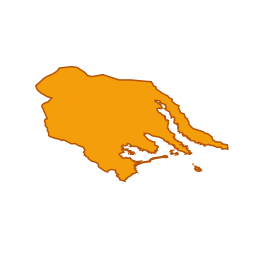 Djúpavogshreppur, Austurland, Iceland (Robinson projection), rotated 20°
{"feature_id": "244011B85487583844878", "entity_name": "Djúpavogshreppur", "entity_type": "district", "adm_level": 2, "iso_a3": "ISL", "parent_name": "Iceland", "parent_adm1": "Austurland", "projection": "robinson", "projection_center": [-14.412, 64.651], "detail": "fine", "context": "isolated", "style": "filled", "palette": "amber", "viewbox_px": 256, "rotation_deg": 20, "n_neighbors": 0, "source": "geoboundaries", "source_scale": "gbopen_adm2", "svg_char_len": 6087}
<svg xmlns="http://www.w3.org/2000/svg" viewBox="0 0 256 256"><g transform="rotate(20 128 128)"><path d="M26.9,119.9L29.6,123.0L33.9,124.8L41.6,126.2L46.1,125.8L44.0,130.7L40.6,133.7L39.5,135.5L39.5,136.9L49.0,146.9L47.2,147.9L47.2,150.2L49.2,152.3L49.1,153.8L52.3,155.6L53.2,158.1L54.9,159.4L56.1,162.2L57.3,162.7L63.9,162.6L67.0,162.0L70.1,162.4L70.7,161.6L72.4,161.2L79.9,162.2L84.0,160.7L88.0,161.5L92.3,161.3L94.8,163.2L95.0,164.5L94.5,166.0L96.0,166.7L96.4,167.6L96.2,168.4L100.7,169.3L101.0,170.3L104.8,171.5L108.9,171.2L112.1,171.8L113.3,174.1L114.2,174.7L120.6,176.3L124.0,176.3L124.3,174.5L126.0,172.9L130.8,171.8L131.5,174.0L134.9,175.1L133.6,176.0L133.5,176.9L137.3,178.0L137.8,179.4L143.2,179.1L142.8,178.7L143.5,176.7L144.0,176.4L143.7,175.8L144.3,175.5L145.0,173.9L146.8,172.0L147.1,170.7L147.9,170.3L147.7,169.6L149.8,168.4L150.8,166.7L151.6,166.6L151.0,166.3L150.8,165.3L148.3,164.4L147.9,163.8L148.8,163.1L148.0,163.0L147.7,162.3L149.5,159.2L153.7,155.5L160.5,151.9L160.1,151.1L160.8,149.7L164.0,147.3L171.4,143.2L174.6,142.5L175.1,141.6L174.1,140.9L171.0,141.9L170.5,142.9L162.0,147.5L159.9,149.5L158.9,152.1L153.1,155.1L151.6,156.8L149.7,158.2L147.4,161.1L146.8,161.1L147.2,160.7L147.0,159.7L147.3,158.4L150.0,156.5L151.0,155.0L147.2,156.9L145.0,156.7L144.4,157.0L144.6,157.5L143.1,156.7L141.9,156.8L140.3,155.9L140.7,155.6L140.0,155.3L138.4,156.5L136.4,156.3L135.7,156.8L135.9,157.2L133.4,158.2L132.0,157.4L131.8,156.7L131.2,157.1L129.5,156.3L128.6,155.3L132.4,152.0L129.5,150.3L130.7,149.5L130.3,149.1L130.5,148.3L130.1,147.8L128.3,147.9L128.3,146.8L128.8,145.9L131.2,145.8L133.1,144.5L132.6,142.9L134.3,142.5L136.7,143.0L137.2,143.5L136.2,144.5L136.7,144.5L137.7,144.2L137.8,143.7L142.8,142.4L144.6,142.6L144.6,143.3L146.6,142.5L146.9,142.6L145.7,143.8L147.1,144.8L149.0,143.8L149.8,142.7L150.4,142.9L150.3,143.5L150.7,143.0L152.5,142.7L153.0,143.1L154.6,142.7L154.6,143.4L156.0,143.1L156.1,144.0L157.9,143.0L158.6,143.7L159.4,142.7L161.4,142.5L160.9,142.2L161.1,141.5L162.8,140.7L162.6,139.8L161.8,139.9L162.2,139.5L162.1,138.9L162.8,138.7L162.0,138.2L162.9,135.6L162.3,134.8L160.2,135.2L159.1,134.8L157.9,132.0L155.5,132.5L150.8,131.9L145.4,129.1L146.2,128.0L145.3,127.4L149.1,126.2L153.6,127.0L160.0,125.9L164.7,126.1L166.3,127.0L166.3,127.5L170.2,127.3L169.8,127.9L171.2,127.9L172.3,128.5L172.1,128.8L177.1,128.1L177.4,128.4L176.8,129.0L178.3,129.0L177.9,130.0L179.0,130.8L181.6,130.3L181.2,131.0L182.0,131.1L182.7,131.9L186.6,131.3L190.3,131.5L191.0,132.0L190.5,132.3L190.7,133.0L192.4,131.6L195.2,131.5L195.5,131.1L194.5,130.7L195.4,130.2L195.9,130.5L196.9,129.3L196.1,130.0L194.3,130.0L193.1,129.1L193.0,128.4L191.3,128.3L190.5,127.5L191.0,126.7L189.5,126.8L189.2,125.8L190.4,124.5L188.0,125.3L187.9,125.8L186.2,126.6L186.4,125.8L187.0,125.6L185.6,126.0L185.2,125.7L185.5,125.1L183.8,125.3L184.3,124.9L183.8,124.6L183.9,123.6L181.9,123.3L179.7,123.8L179.2,123.5L179.3,123.0L177.8,123.2L176.6,122.6L176.9,121.8L176.2,122.5L175.1,122.4L174.5,121.4L174.8,121.0L173.7,120.6L174.4,119.8L174.1,119.6L174.4,118.4L172.5,117.7L169.6,117.7L169.1,116.7L167.1,116.3L166.1,114.7L164.9,114.4L164.9,112.7L164.3,111.9L164.5,110.0L163.7,109.0L163.5,107.2L162.0,107.1L161.4,107.9L159.9,106.4L159.0,104.2L158.4,104.2L158.4,105.0L157.7,104.0L156.6,104.3L153.4,102.9L151.6,102.9L149.6,101.5L148.9,100.4L149.0,99.5L150.5,98.6L152.5,98.5L153.2,97.8L153.1,97.2L151.2,95.7L151.1,95.1L149.3,95.1L146.2,93.7L144.1,93.6L143.9,93.2L144.5,92.4L148.6,91.7L149.5,92.2L149.0,93.4L154.7,93.2L154.6,93.6L156.0,94.1L156.6,95.0L156.4,96.0L156.9,96.3L155.8,97.3L157.2,97.3L157.7,98.1L161.3,98.4L163.6,101.4L164.4,101.7L165.2,103.7L166.8,101.9L168.4,102.7L168.7,104.4L169.1,104.6L169.1,107.1L171.1,107.8L173.3,106.8L173.6,107.4L172.8,108.1L174.7,109.0L174.5,110.2L175.3,110.4L175.2,111.7L176.4,113.2L176.2,113.9L178.1,114.1L178.2,114.8L179.1,114.0L180.8,114.0L181.6,114.4L181.5,115.4L182.7,115.4L182.5,116.0L183.8,115.7L183.5,116.3L185.9,115.5L186.8,115.9L186.5,116.7L187.4,116.8L187.7,117.4L189.1,116.7L189.8,116.9L189.6,117.8L190.5,117.7L190.8,118.4L194.9,117.4L195.6,118.4L197.0,118.7L199.3,117.3L201.8,117.6L201.7,118.6L204.1,117.3L205.2,117.7L205.2,118.5L206.2,118.6L205.9,118.1L206.3,117.7L209.6,115.8L210.8,116.2L213.4,115.5L218.6,115.7L221.1,114.3L222.7,114.8L223.6,115.7L226.0,114.3L229.1,113.7L227.2,109.9L221.6,110.7L220.7,109.7L220.0,109.7L215.2,110.9L211.7,110.2L209.9,107.7L204.8,106.1L202.5,106.6L199.5,105.8L189.4,106.3L184.2,103.9L182.9,101.4L180.9,100.0L180.8,99.1L178.1,98.6L176.3,95.8L172.1,95.6L168.3,91.4L168.4,89.8L164.4,89.4L160.4,88.0L159.8,87.5L160.0,86.3L159.1,85.6L156.5,85.7L154.6,84.3L149.2,83.8L141.9,81.9L140.5,80.9L140.2,79.8L138.1,79.9L134.2,76.6L114.2,81.9L103.1,85.9L86.1,86.5L76.6,92.0L72.2,92.6L68.4,90.6L59.6,88.5L53.9,89.7L42.9,95.2L42.0,98.6L38.8,103.0L34.5,107.0L31.8,110.5L26.9,119.9ZM209.1,141.7L210.1,141.3L208.0,141.8L207.6,141.2L204.9,141.5L204.7,143.2L206.3,143.4L205.4,144.0L206.2,144.4L207.4,143.8L206.8,144.5L207.3,144.7L209.4,144.5L211.0,143.3L210.0,142.9L211.0,142.7L210.5,142.4L210.7,141.9L209.1,141.7ZM141.8,150.9L138.2,148.5L137.5,148.9L136.2,148.7L135.7,149.3L136.4,149.4L136.4,150.0L139.2,150.3L139.4,151.0L138.9,152.3L139.4,151.6L141.8,150.9ZM134.4,149.0L134.7,148.0L130.8,149.6L133.6,149.7L134.4,149.0ZM177.8,133.7L176.1,134.4L175.8,135.4L177.1,134.6L177.8,133.7ZM182.9,135.4L182.9,134.5L182.4,134.3L181.5,135.3L182.9,135.4ZM184.1,135.4L183.1,135.4L182.4,136.6L183.9,135.8L184.1,135.4ZM204.7,141.5L205.3,141.3L205.4,140.9L204.1,141.1L204.7,141.5ZM176.4,137.9L178.2,137.6L178.4,137.4L177.8,137.2L176.4,137.9ZM207.8,140.8L208.6,140.9L208.9,140.7L207.8,140.8ZM177.0,136.0L177.5,136.2L178.3,135.4L177.0,136.0ZM141.1,148.9L142.2,149.2L141.7,148.7L141.1,148.9ZM179.6,136.5L179.0,136.4L178.3,136.9L179.0,136.8L179.6,136.5ZM198.8,119.0L199.3,118.6L199.5,118.3L199.2,118.4L198.8,119.0ZM137.9,152.0L137.2,151.8L136.8,152.0L137.9,152.0ZM193.9,128.5L194.5,128.3L194.6,128.2L193.9,128.5ZM200.9,140.0L201.4,140.0L201.6,139.9L200.9,140.0ZM201.6,139.7L201.9,139.6L201.2,139.6L201.6,139.7Z" fill="#f59e0b" stroke="#b45309" stroke-width="1.5"/></g></svg>